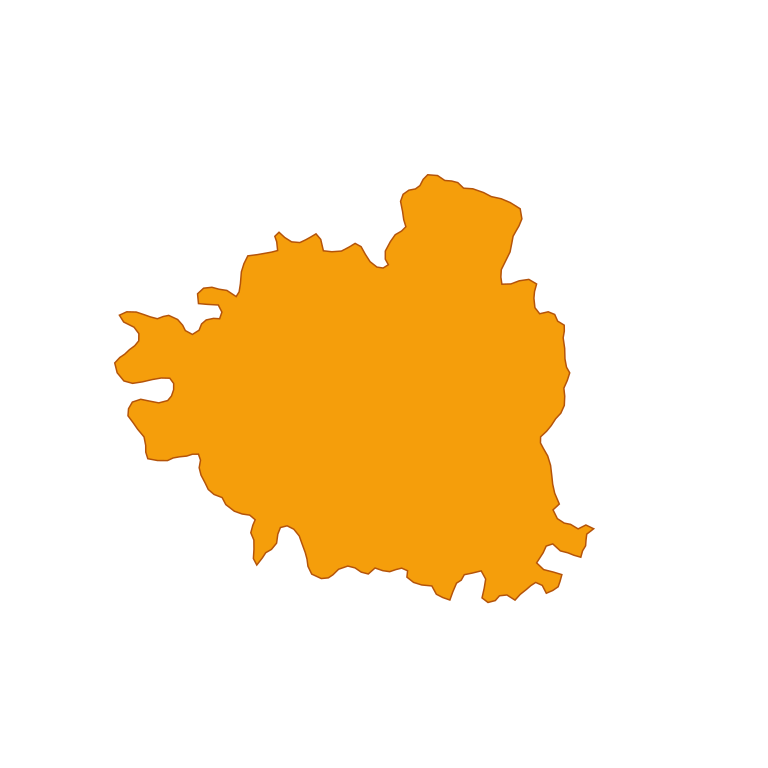 Brunópolis, Santa Catarina, Brazil (Mercator projection), rotated 123°
{"feature_id": "56859067B13796329271390", "entity_name": "Brunópolis", "entity_type": "district", "adm_level": 2, "iso_a3": "BRA", "parent_name": "Brazil", "parent_adm1": "Santa Catarina", "projection": "mercator", "projection_center": [-50.839, -27.348], "detail": "fine", "context": "isolated", "style": "filled", "palette": "amber", "viewbox_px": 768, "rotation_deg": 123, "n_neighbors": 0, "source": "geoboundaries", "source_scale": "gbopen_adm2", "svg_char_len": 3375}
<svg xmlns="http://www.w3.org/2000/svg" viewBox="0 0 768 768"><g transform="rotate(123 384 384)"><path d="M447.0,131.0L449.5,139.6L452.7,149.0L450.9,158.6L445.0,158.6L438.9,158.6L431.6,159.7L426.2,155.4L427.9,145.2L425.4,137.7L424.2,131.5L422.1,124.6L415.8,126.6L409.9,126.8L404.8,129.6L399.5,132.2L391.2,129.3L392.3,137.9L399.8,142.3L400.1,151.1L402.5,157.1L402.5,165.3L397.5,173.7L389.2,171.6L382.6,181.4L376.1,188.0L369.8,193.1L361.5,200.0L355.2,207.5L351.1,215.5L348.2,220.7L343.0,223.9L335.0,221.9L327.9,221.1L319.6,221.1L312.2,219.8L303.8,221.1L295.8,225.8L289.5,230.9L281.3,232.2L273.5,234.3L270.5,240.1L264.4,245.9L255.7,251.9L247.7,258.9L241.4,261.6L236.5,264.9L236.7,272.6L232.7,278.7L234.0,285.6L240.3,291.7L237.8,299.0L230.4,305.0L224.5,308.1L217.0,310.5L217.4,319.5L223.8,326.8L231.0,332.1L236.1,339.5L230.7,344.2L224.2,347.9L216.4,348.8L204.6,350.2L197.1,353.2L189.8,356.2L183.8,356.6L177.9,356.9L170.4,358.3L162.9,365.2L163.1,377.0L164.8,386.6L168.4,396.1L169.2,404.7L171.9,415.8L176.4,423.9L174.9,431.8L176.9,437.8L180.2,443.9L180.0,452.6L184.7,461.3L191.0,462.6L198.0,461.9L203.3,463.9L207.9,468.7L214.5,471.3L221.8,469.6L229.3,462.3L235.4,457.0L240.2,451.3L246.2,452.6L252.7,455.9L261.1,456.2L271.8,455.3L278.6,450.9L281.6,445.3L287.2,447.9L289.8,453.6L289.0,462.3L285.4,470.3L281.3,478.0L281.8,484.8L288.4,488.0L295.7,492.1L301.5,499.8L305.3,507.4L297.2,515.8L295.1,522.8L300.8,525.6L305.7,528.2L311.2,531.6L315.1,538.9L315.2,547.0L313.9,554.7L319.6,556.0L323.2,551.4L330.0,545.9L334.7,550.2L339.1,554.9L344.5,560.7L350.7,568.0L359.4,567.0L367.6,564.7L378.2,559.0L385.6,555.7L391.2,555.6L391.1,566.7L394.4,574.1L396.6,581.0L401.9,587.5L409.9,589.5L417.6,583.4L413.7,576.0L408.0,566.0L412.0,559.1L418.8,557.4L421.8,562.7L427.1,568.0L433.0,569.7L439.6,568.4L446.8,571.7L447.4,579.7L444.4,584.8L442.3,592.2L443.7,601.9L447.6,605.9L452.7,609.6L455.0,616.6L456.5,622.9L458.6,631.0L463.6,639.1L470.4,643.4L473.8,636.1L472.5,624.6L475.3,617.0L481.4,613.2L487.7,613.9L493.9,616.2L500.2,617.7L505.6,620.0L513.0,621.3L519.9,613.9L523.1,603.8L520.4,595.2L513.8,587.8L506.4,580.7L500.3,574.1L495.8,566.8L498.1,560.7L503.4,557.3L509.8,555.7L515.7,556.4L522.5,562.6L526.3,572.0L529.3,579.7L536.2,585.2L543.9,584.8L550.1,581.4L553.1,573.3L556.1,566.0L559.1,556.4L565.3,550.4L570.9,546.7L575.3,541.4L571.5,532.2L566.2,523.9L560.8,520.5L556.4,515.8L551.9,510.2L547.2,506.4L543.9,501.4L547.8,496.4L554.9,493.4L560.1,487.8L564.3,480.3L568.2,473.9L569.2,466.4L567.4,457.9L571.3,451.0L572.2,440.2L570.3,432.2L567.1,425.2L568.0,418.1L573.9,417.1L581.3,414.7L585.8,408.1L593.5,403.0L601.5,398.5L605.1,392.1L596.1,391.3L589.9,391.3L584.0,388.3L576.0,387.4L567.7,391.3L560.8,392.7L555.7,388.0L554.9,380.6L557.6,372.3L562.2,366.3L568.2,358.3L572.8,353.2L578.3,348.5L582.8,341.1L581.3,330.6L576.9,325.1L571.8,322.9L564.1,321.2L556.4,315.2L554.0,308.1L554.2,300.7L551.9,293.7L543.2,291.3L541.2,283.3L538.3,277.0L533.2,273.0L528.8,268.9L527.8,262.5L533.5,259.6L534.3,251.2L532.0,242.9L527.3,233.9L531.8,225.6L531.1,218.5L529.3,211.1L520.8,213.1L511.5,214.7L506.4,212.4L500.2,212.8L494.6,207.1L487.8,200.7L492.2,192.5L500.8,188.7L510.0,185.3L510.6,177.8L505.0,172.7L498.7,171.8L494.0,166.0L493.9,156.4L486.3,155.2L478.5,152.6L473.2,151.1L467.8,148.7L466.7,141.6L471.1,133.9L465.2,130.0L459.2,127.5L453.6,128.9L447.0,131.0Z" fill="#f59e0b" stroke="#b45309" stroke-width="1.5"/></g></svg>